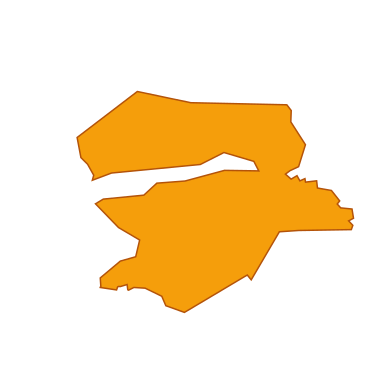 the district of Beaufort, North Carolina, United States of America, rotated 149°
{"feature_id": "52423323B44486980116087", "entity_name": "Beaufort", "entity_type": "district", "adm_level": 2, "iso_a3": "USA", "parent_name": "United States of America", "parent_adm1": "North Carolina", "projection": "natural_earth1", "projection_center": [-76.82, 35.478], "detail": "fine", "context": "isolated", "style": "filled", "palette": "amber", "viewbox_px": 384, "rotation_deg": 149, "n_neighbors": 0, "source": "geoboundaries", "source_scale": "gbopen_adm2", "svg_char_len": 1064}
<svg xmlns="http://www.w3.org/2000/svg" viewBox="0 0 384 384"><g transform="rotate(149 192 192)"><path d="M169.3,289.8L187.1,306.3L262.4,297.9L269.5,278.7L267.2,269.6L267.6,257.0L271.4,253.4L251.2,249.7L170.7,211.3L144.3,209.4L123.2,186.4L123.9,175.7L153.0,193.8L192.3,205.0L217.6,217.7L234.9,214.1L271.7,231.6L280.8,231.6L273.3,199.4L261.6,177.8L273.6,165.5L289.0,169.7L314.9,165.6L319.2,157.2L320.4,157.9L307.1,146.9L304.8,148.8L304.4,149.0L303.8,148.8L303.4,148.8L303.3,148.7L302.3,147.9L295.3,146.1L297.4,141.3L297.3,141.2L297.1,140.8L297.0,140.6L296.9,140.5L296.7,140.5L291.0,140.1L281.7,133.7L271.6,118.2L273.0,108.0L260.5,92.7L260.3,92.7L187.4,92.4L186.5,86.2L167.8,96.4L137.6,112.9L120.4,104.1L74.8,77.7L71.3,80.6L72.6,86.6L67.1,86.3L63.6,95.0L72.7,101.8L73.7,106.9L70.0,108.3L71.7,121.5L82.4,130.8L79.4,137.4L89.6,142.0L88.3,145.3L93.8,146.0L93.6,151.9L100.4,152.0L102.7,159.2L97.0,159.8L87.6,158.8L70.4,174.1L71.2,201.2L65.0,210.7L65.8,217.9L147.1,269.2L149.1,271.1L163.2,284.1L169.3,289.8Z" fill="#f59e0b" stroke="#b45309" stroke-width="1.5"/></g></svg>